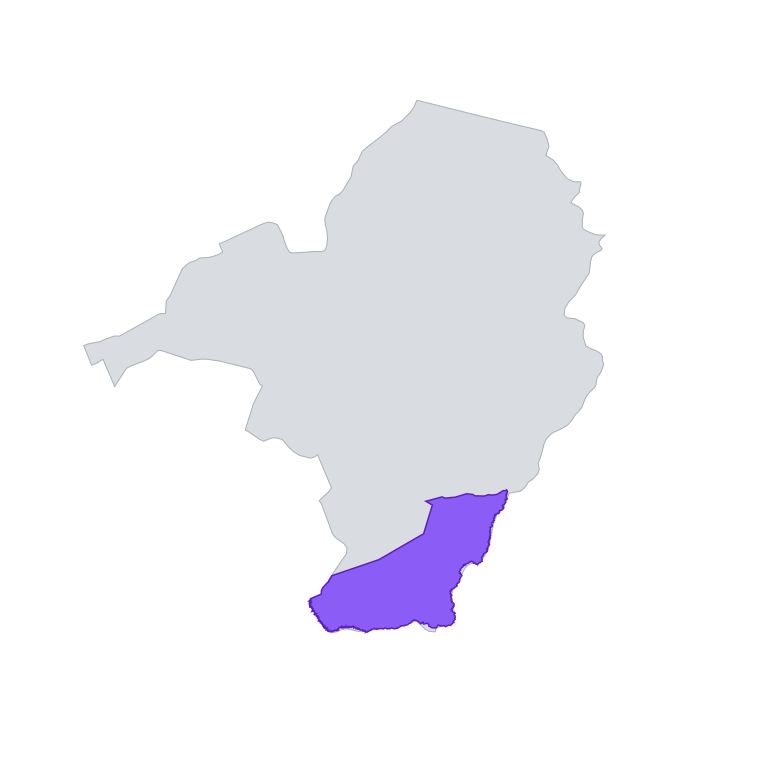 location of Raga, Western Bahr el Ghazal, South Sudan, rotated 247°
{"feature_id": "79223893B70929244954658", "entity_name": "Raga", "entity_type": "district", "adm_level": 2, "iso_a3": "SSD", "parent_name": "South Sudan", "parent_adm1": "Western Bahr el Ghazal", "projection": "equal_earth", "projection_center": [25.202, 8.544], "detail": "fine", "context": "in_parent", "style": "filled", "palette": "violet", "viewbox_px": 768, "rotation_deg": 247, "n_neighbors": 0, "source": "geoboundaries", "source_scale": "gbopen_adm2", "svg_char_len": 9833}
<svg xmlns="http://www.w3.org/2000/svg" viewBox="0 0 768 768"><g transform="rotate(247 384 384)"><path d="M574.8,601.8L556.7,626.4L555.4,627.9L553.2,629.8L545.8,629.9L538.2,628.7L531.2,622.3L524.1,627.2L519.6,628.8L516.9,629.4L510.5,630.2L501.6,632.8L497.6,636.1L495.4,638.7L493.6,643.5L492.7,644.0L491.1,643.4L488.8,641.5L484.0,638.7L481.6,632.6L479.4,628.9L477.6,627.0L470.0,633.1L466.4,634.5L463.4,634.3L457.9,630.9L451.8,628.0L448.7,628.0L444.1,631.7L438.8,637.1L436.0,642.5L434.7,645.8L432.9,640.8L431.1,637.7L428.5,636.5L423.5,637.7L422.2,636.0L422.0,631.8L421.2,627.9L419.9,625.0L416.0,622.1L405.9,616.2L398.1,604.4L394.2,598.9L391.3,595.4L387.3,586.1L382.7,579.8L377.1,576.8L373.4,578.3L369.6,585.1L362.5,591.5L359.2,591.7L355.0,588.3L349.7,585.8L340.2,584.7L336.3,587.7L331.2,592.7L326.9,595.6L324.2,595.9L321.7,594.7L318.8,594.1L316.4,594.0L311.3,589.5L308.7,586.2L306.9,583.1L304.0,580.9L300.7,579.1L298.3,576.3L297.1,572.8L295.2,568.3L292.7,564.2L285.0,556.9L282.7,552.6L281.1,548.3L277.9,543.7L274.5,537.5L273.4,528.4L273.3,521.1L272.5,517.7L271.1,514.3L269.4,511.4L266.7,508.2L260.4,503.5L253.9,498.1L250.8,494.9L244.9,493.7L241.3,490.6L238.3,483.8L237.1,478.3L234.1,474.1L232.8,471.0L232.1,467.4L234.5,456.6L231.0,452.8L225.9,447.8L222.2,442.4L220.0,437.4L213.4,430.8L199.0,421.0L190.7,414.7L186.2,409.0L182.2,403.5L181.8,401.3L184.4,395.8L184.8,391.2L182.7,386.2L174.1,376.8L167.2,366.4L162.0,363.2L149.5,360.3L146.0,359.2L142.2,357.2L138.5,352.6L137.3,347.0L139.1,338.2L137.9,335.5L135.8,334.8L136.4,333.0L138.8,328.7L142.6,325.9L153.0,321.5L153.5,319.9L153.7,314.4L154.6,311.7L158.1,304.0L158.6,301.0L158.8,294.5L159.3,291.5L160.3,289.3L163.1,285.5L164.1,283.2L164.5,278.2L164.2,268.4L165.7,264.5L172.2,255.6L173.9,251.6L174.5,248.0L174.4,244.4L174.8,240.8L176.8,237.4L178.4,236.3L183.2,235.2L186.5,235.9L209.2,229.8L211.9,230.6L213.1,234.2L213.0,240.0L213.4,242.8L214.6,244.8L218.2,247.5L220.7,252.1L222.1,253.8L225.7,257.0L242.7,283.3L247.5,285.8L252.2,284.9L261.4,279.4L266.0,278.0L298.2,279.6L301.8,278.7L302.0,278.9L307.0,292.1L309.3,295.1L344.7,295.2L344.0,291.5L344.5,287.3L350.6,279.2L351.5,278.2L357.0,274.4L362.3,271.8L372.5,268.8L376.3,264.0L378.3,259.6L378.3,251.0L379.7,249.6L382.1,247.6L393.9,240.0L395.9,238.3L417.0,256.2L428.8,270.3L429.5,271.0L430.1,271.3L430.8,270.8L431.3,270.1L432.7,269.5L437.7,269.3L447.2,268.6L450.4,266.9L469.3,241.7L474.1,233.7L475.3,232.0L478.0,226.3L480.9,216.4L481.4,215.3L502.1,191.7L502.9,189.9L503.1,188.4L499.8,180.4L499.1,176.4L498.9,170.2L499.5,160.5L499.2,154.4L498.9,152.8L498.7,152.5L486.9,135.1L516.4,135.0L516.4,132.8L516.3,132.1L515.7,130.0L515.4,127.2L515.4,125.7L515.5,124.3L515.5,123.5L515.4,122.8L515.4,122.5L515.6,122.2L536.7,122.6L536.5,127.5L534.0,139.0L534.2,145.9L533.6,153.8L532.9,156.2L531.9,158.1L531.5,159.0L531.5,159.9L536.3,204.1L536.0,206.0L534.9,208.7L534.6,209.6L534.5,210.3L535.0,210.8L544.8,215.6L545.3,215.9L545.7,216.3L549.2,222.0L568.6,243.0L569.3,244.1L571.4,250.7L571.6,251.7L571.7,253.3L571.6,254.5L571.2,258.5L571.4,260.2L571.7,261.4L572.0,262.8L572.0,263.2L571.8,264.2L569.0,271.8L568.2,277.2L567.9,281.8L568.1,284.5L568.5,286.2L568.7,286.8L569.0,287.1L577.3,287.1L577.3,289.6L578.7,329.6L578.8,334.2L578.5,339.8L577.6,342.0L575.2,345.2L572.3,348.1L564.8,348.8L558.6,348.8L554.1,348.1L548.1,347.9L542.4,348.5L540.3,350.9L532.9,372.3L530.6,377.6L530.0,380.7L530.7,382.6L533.7,385.3L540.2,389.1L547.6,391.3L553.2,392.2L556.9,393.3L559.8,394.4L570.4,404.1L573.8,408.6L575.8,412.6L576.2,416.9L577.8,421.2L587.5,434.5L596.6,440.8L600.2,447.9L603.6,451.4L606.8,455.1L608.6,460.7L612.7,476.7L615.4,485.2L618.2,492.1L619.3,503.3L621.5,508.3L623.8,514.4L627.5,520.0L631.5,524.2L632.2,525.3L592.8,577.7L574.8,601.8Z" fill="#d9dde1" stroke="#a8b0b8" stroke-width="1"/><path d="M230.7,362.0L224.3,310.6L227.9,261.2L223.4,255.2L223.3,254.2L220.4,247.9L218.2,245.6L215.1,244.1L215.1,231.9L214.8,232.7L214.4,232.1L213.7,232.4L214.0,231.0L213.6,230.3L213.5,230.8L213.3,230.6L213.2,230.9L213.1,230.6L212.1,230.9L212.2,231.3L212.0,231.5L211.9,230.9L211.7,231.1L211.8,230.4L211.2,230.7L211.4,230.3L211.0,229.6L210.8,230.0L210.2,229.6L210.2,230.3L209.7,229.3L209.4,229.2L209.7,229.6L209.2,230.1L209.2,229.8L208.7,229.8L208.5,229.1L208.5,229.6L207.7,229.9L207.9,229.4L207.6,229.4L207.7,228.8L207.5,228.7L207.2,229.7L207.1,229.4L206.3,230.3L205.9,229.8L204.9,230.4L204.6,230.2L204.5,230.9L203.5,230.4L203.5,229.4L203.2,229.1L203.3,229.5L202.8,229.5L202.9,229.9L202.6,230.0L202.8,230.7L202.3,231.1L202.0,230.6L201.0,230.9L200.7,230.6L199.8,231.2L199.6,230.6L199.2,231.6L199.0,230.7L198.7,231.3L198.3,230.6L197.7,231.9L197.7,231.4L197.2,231.1L196.9,231.8L196.3,231.3L196.0,232.5L194.8,231.6L194.8,232.7L193.7,232.3L193.5,231.2L193.2,232.1L192.3,231.5L192.2,232.2L191.7,232.1L191.4,232.6L191.1,231.6L190.5,232.8L190.0,232.8L190.3,232.6L190.1,232.1L189.4,232.3L189.3,232.8L188.8,232.3L188.4,233.1L188.0,233.1L188.1,233.8L187.2,233.4L187.2,233.7L186.6,233.7L186.1,233.4L185.9,235.0L185.9,234.6L185.1,234.3L184.8,234.9L184.9,234.3L184.3,234.4L184.5,233.7L184.0,234.1L183.9,233.6L183.3,233.4L183.1,233.7L183.2,234.3L182.9,234.0L182.5,234.7L182.5,234.1L182.2,234.1L182.3,235.0L181.8,234.8L181.8,235.9L181.3,235.2L180.9,235.8L180.1,234.8L180.0,235.3L179.4,235.5L179.3,236.8L178.3,235.9L177.5,236.8L177.5,238.4L177.0,238.3L176.9,238.8L176.6,238.8L176.8,239.3L176.3,239.5L176.5,240.1L176.4,240.7L176.7,240.8L176.0,241.7L176.4,242.4L176.1,242.4L176.2,243.0L175.7,243.7L176.3,244.1L175.2,245.1L175.7,245.6L175.5,245.9L176.4,245.9L176.3,246.3L177.1,247.3L176.9,248.1L177.3,248.1L177.0,249.0L177.3,249.8L177.0,249.7L177.0,250.2L176.7,249.9L176.5,250.5L176.2,250.0L175.9,250.0L176.3,251.4L175.4,251.3L175.2,251.8L175.5,252.2L175.2,252.8L175.7,252.7L175.4,253.4L175.9,253.0L175.7,253.3L176.0,253.9L175.4,253.6L175.4,254.3L174.8,254.2L174.8,254.8L174.4,254.8L174.3,255.9L174.8,256.3L174.6,256.8L174.2,256.9L173.8,256.5L173.8,257.1L173.5,256.8L173.2,257.4L173.3,258.7L172.7,259.1L172.9,259.4L172.5,260.6L173.1,260.7L172.9,261.1L172.0,260.8L171.8,260.9L171.9,261.1L171.6,261.0L171.9,261.5L171.3,261.5L171.3,262.6L170.5,262.6L170.6,263.0L169.7,263.3L170.0,263.8L169.5,263.3L169.5,263.6L169.0,264.0L169.2,264.4L168.5,264.2L168.1,264.9L168.4,264.9L168.3,265.3L168.0,265.1L167.5,265.8L166.8,265.9L166.2,267.7L165.8,268.2L165.2,268.0L165.2,268.9L164.6,269.0L164.5,269.8L164.0,269.5L163.5,270.4L162.8,270.0L163.0,270.7L162.2,271.3L162.3,272.4L162.7,272.7L162.4,273.2L162.7,273.6L162.4,275.5L162.9,275.7L163.1,276.2L162.7,276.7L162.9,279.4L162.3,279.3L161.5,281.2L161.2,281.2L161.3,282.1L161.1,282.1L161.3,282.7L160.5,283.4L160.4,285.3L158.9,287.4L159.0,287.7L158.8,288.3L159.0,288.7L158.9,290.0L158.5,290.6L157.6,290.9L157.1,291.7L157.0,293.2L156.5,293.5L156.4,295.8L154.5,298.0L154.4,299.7L153.8,301.0L154.4,303.1L154.3,304.5L154.8,305.2L153.6,308.1L153.2,312.1L153.7,313.1L153.7,315.6L154.9,317.5L154.8,320.2L154.2,320.3L153.3,322.0L148.9,324.2L149.6,325.5L149.6,326.7L149.3,327.1L149.0,326.9L148.6,326.2L147.4,326.8L146.9,330.3L145.4,331.1L143.6,330.7L143.0,331.6L141.4,332.3L140.9,332.9L139.2,336.3L139.2,337.1L140.2,338.1L140.8,340.1L139.6,340.9L139.4,341.9L138.9,342.0L138.8,342.6L138.5,343.0L138.4,344.5L137.8,345.2L136.6,345.7L136.7,349.2L136.0,350.7L136.0,351.8L137.3,354.3L137.2,355.1L137.6,354.9L138.7,355.7L139.5,357.4L140.2,357.2L140.7,357.9L140.9,357.7L141.4,358.3L142.7,358.8L143.6,358.4L144.3,358.6L145.1,359.9L146.2,359.6L146.7,358.4L148.1,357.9L149.2,358.4L149.6,357.8L150.1,358.4L150.7,358.4L151.2,360.3L152.1,360.5L152.1,361.5L152.8,361.6L153.2,362.3L153.7,362.1L154.4,362.6L155.7,362.0L156.3,361.2L157.2,361.7L157.5,361.2L158.3,361.6L159.3,361.5L159.7,362.2L160.3,362.4L161.8,362.1L162.4,362.6L162.7,363.7L163.6,363.4L164.3,363.7L165.0,363.0L165.6,363.6L166.4,363.7L166.8,364.4L167.5,364.0L167.8,365.5L168.2,366.1L168.5,365.9L168.8,367.8L168.6,368.8L169.3,370.1L169.4,372.0L169.7,372.5L171.2,372.5L171.8,373.7L171.7,374.4L172.0,374.6L172.1,375.7L173.2,376.7L173.7,376.6L174.2,377.3L174.9,377.4L177.4,380.8L178.6,380.7L178.7,380.3L179.4,380.1L180.0,380.4L180.3,379.9L180.6,380.4L181.6,379.9L182.5,381.0L182.7,381.8L183.6,381.9L184.4,383.4L185.2,385.9L185.6,386.1L185.6,387.0L186.0,386.3L186.5,386.4L186.2,392.0L187.0,394.1L186.4,394.5L186.5,395.7L184.9,396.6L184.3,396.4L183.8,396.8L183.8,397.5L183.3,397.5L182.8,398.3L182.0,398.4L181.7,399.4L181.2,399.5L182.5,402.0L182.1,403.0L182.6,404.2L182.5,405.1L183.5,405.2L184.4,405.9L185.7,405.7L186.5,406.4L186.4,407.0L187.6,408.9L188.8,409.2L188.7,410.1L189.1,411.2L189.1,412.2L189.6,412.8L189.5,413.5L191.2,414.8L191.5,413.9L192.1,413.9L192.3,414.8L193.3,416.0L194.0,416.3L194.1,417.4L194.9,417.7L195.2,418.4L195.8,418.2L196.4,418.8L196.8,418.2L197.9,418.1L198.2,419.2L199.1,419.2L199.3,420.2L199.8,420.5L200.0,420.1L200.4,420.6L200.5,421.4L201.0,421.8L201.5,421.3L202.1,422.0L202.7,421.8L203.1,422.9L205.1,423.0L205.8,424.2L207.4,423.7L207.7,424.9L209.5,425.5L210.3,425.3L210.7,426.0L210.3,427.2L211.1,428.3L211.8,428.4L212.5,428.1L213.5,428.8L214.2,429.7L213.9,430.4L214.0,430.7L215.4,431.2L215.5,432.2L217.4,432.3L217.7,432.4L217.7,433.5L218.1,434.0L218.8,434.0L219.3,434.9L219.6,434.4L220.0,434.3L220.3,434.6L220.5,435.6L220.2,436.6L220.7,437.9L220.0,438.6L220.0,439.1L220.4,439.5L221.1,439.3L220.8,439.5L220.9,440.3L222.2,440.5L222.4,440.9L222.0,441.6L222.0,443.4L222.1,444.3L222.7,444.6L223.1,445.9L223.9,445.7L224.2,446.1L224.7,445.4L226.0,446.0L226.3,446.6L226.0,447.1L226.1,447.8L226.7,448.1L227.5,449.9L230.2,450.4L229.8,450.8L229.8,452.2L230.3,452.5L231.9,452.2L233.1,452.6L233.6,453.2L234.5,453.1L234.5,453.8L235.4,454.0L235.6,454.9L236.9,455.7L238.7,455.5L238.3,454.3L239.3,452.1L238.2,445.1L239.4,440.3L241.3,437.0L241.6,432.7L245.5,424.0L247.6,422.6L250.7,417.1L252.0,405.3L255.0,395.8L257.4,393.3L259.7,376.7L253.7,381.2L230.7,362.0Z" fill="#8b5cf6" stroke="#5b21b6" stroke-width="1.5"/></g></svg>